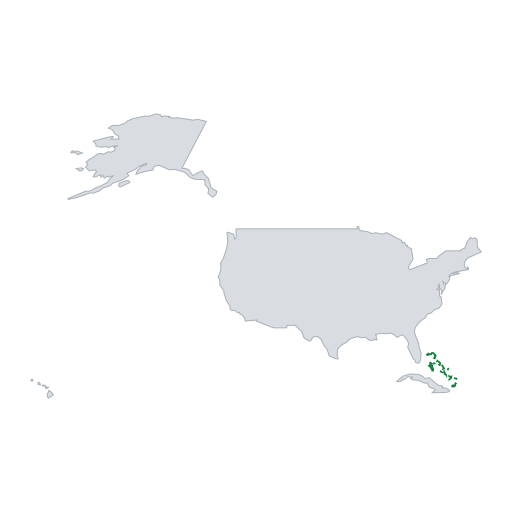 The Bahamas shown with its bordering countries
{"feature_id": "BHS", "entity_name": "The Bahamas", "entity_type": "country or territory", "adm_level": 0, "iso_a3": "BHS", "parent_name": "North America", "parent_adm1": "", "projection": "robinson", "projection_center": [-76.093, 23.939], "detail": "fine", "context": "with_neighbors", "style": "filled", "palette": "green", "viewbox_px": 512, "rotation_deg": 0, "n_neighbors": 2, "source": "natural_earth", "source_scale": "50m", "svg_char_len": 7555}
<svg xmlns="http://www.w3.org/2000/svg" viewBox="0 0 512 512"><path d="M236.1,228.8L357.0,228.8L357.2,226.6L358.7,226.6L359.2,229.6L360.5,230.6L367.9,231.8L372.0,233.5L375.6,232.8L382.4,234.2L386.4,232.6L401.4,240.4L401.8,241.8L402.8,242.4L402.5,242.9L404.6,242.5L405.6,244.7L407.5,245.4L406.9,246.3L411.4,248.9L413.0,258.9L408.3,267.2L408.7,268.6L410.2,269.5L427.4,262.8L426.4,259.4L428.5,258.6L437.0,258.5L438.5,256.3L445.8,250.9L460.9,250.8L461.3,249.4L464.6,248.3L467.3,241.5L470.6,237.3L472.1,238.8L475.0,237.8L477.0,239.4L477.4,247.0L481.3,251.9L467.3,258.2L464.3,262.8L464.3,265.8L465.9,268.7L467.8,268.9L467.2,266.8L468.6,268.1L468.3,269.7L455.0,272.0L451.2,273.6L458.0,272.6L459.3,273.6L452.9,275.3L450.0,275.3L450.1,274.6L448.8,276.2L450.1,276.5L449.2,280.5L445.8,284.8L445.5,283.4L442.9,281.7L443.9,284.7L445.1,285.7L445.1,287.9L441.0,294.6L442.0,290.5L439.7,288.3L439.1,283.6L438.2,286.1L439.2,289.7L436.2,288.8L439.4,290.6L439.5,296.0L440.9,296.4L442.0,304.0L439.0,308.1L434.2,309.8L431.0,313.1L428.7,313.5L426.3,315.6L425.6,317.5L420.3,321.2L415.3,327.2L414.5,331.2L415.3,335.2L418.9,344.0L418.9,346.5L421.1,353.0L420.7,359.1L419.5,362.5L418.0,363.2L415.6,362.5L414.9,360.1L413.1,358.8L407.7,347.3L408.7,343.6L407.4,340.5L403.7,335.7L401.9,334.9L397.0,337.4L393.9,334.5L390.9,333.1L385.5,333.8L381.2,333.2L375.5,334.5L376.3,336.0L376.2,338.3L377.2,339.4L376.2,340.1L374.5,339.3L372.6,340.4L369.2,340.2L365.7,337.2L361.5,337.9L358.0,336.6L350.9,338.3L346.3,342.5L341.4,345.0L338.7,347.7L337.4,350.2L337.2,354.1L338.1,358.8L336.2,358.9L329.2,355.9L327.1,349.3L324.4,346.1L320.7,338.9L317.5,336.6L313.5,336.7L310.2,341.2L306.4,339.5L304.0,337.8L301.7,331.7L295.2,325.4L287.0,325.4L286.7,327.8L273.4,327.8L256.1,321.1L256.7,320.0L245.1,321.0L244.7,318.1L242.0,314.9L239.9,314.2L239.6,312.6L237.0,312.3L235.5,310.7L231.2,310.2L230.1,309.3L230.0,306.2L226.3,300.5L223.8,292.7L224.2,291.4L219.7,284.8L219.9,280.2L218.1,277.1L220.1,272.5L221.0,267.7L220.5,263.4L223.4,258.1L226.8,248.0L227.8,240.6L226.9,233.3L227.7,232.2L233.6,234.1L234.7,239.3L236.1,237.8L236.1,228.8ZM206.3,121.5L181.9,168.3L185.7,168.4L188.9,169.8L192.8,175.6L198.0,172.6L202.7,170.9L203.7,173.7L208.3,178.2L211.2,188.0L217.0,191.3L215.8,194.7L212.6,197.2L208.0,193.5L208.6,188.9L205.0,184.7L204.8,179.7L194.6,179.2L190.5,177.7L184.5,172.2L175.0,169.4L169.3,169.8L159.1,165.3L154.1,166.4L153.0,169.9L145.4,171.4L136.0,174.3L137.0,171.2L141.6,166.1L146.7,164.6L146.4,163.3L139.7,166.1L135.0,169.5L127.2,173.2L128.8,175.8L123.0,179.6L112.4,183.4L110.1,185.7L102.2,188.4L99.4,190.9L93.3,193.2L90.7,192.8L76.2,197.8L68.2,199.4L68.0,198.5L85.2,191.4L90.7,190.8L94.0,188.7L101.5,185.5L107.1,182.6L110.0,178.6L113.8,175.5L108.3,177.1L107.5,176.2L104.2,178.1L103.1,175.4L100.9,177.3L100.9,174.7L95.7,176.8L93.2,176.8L94.7,173.7L96.6,171.7L95.1,169.9L89.3,170.9L85.6,167.2L87.6,164.3L86.0,162.2L89.5,159.3L94.6,156.4L97.8,153.8L101.2,153.4L103.3,154.3L108.0,151.8L110.6,152.2L114.5,150.7L115.3,148.3L113.8,147.4L117.9,145.5L110.7,146.6L108.8,147.7L106.5,146.6L100.8,147.2L96.0,146.0L95.8,143.9L93.2,141.1L110.2,136.7L113.3,136.7L111.0,139.1L119.1,139.0L118.2,135.9L115.0,134.1L112.2,129.6L108.3,128.1L112.3,125.5L118.9,125.4L125.1,123.1L127.7,120.8L133.2,118.6L145.6,116.0L148.6,116.3L156.0,113.9L160.6,114.8L161.6,116.9L163.8,116.0L169.6,116.3L168.6,117.3L173.5,118.1L177.5,117.7L192.9,120.1L198.2,119.4L206.3,121.5ZM72.4,150.6L74.1,151.5L76.9,151.0L82.4,153.0L78.0,154.7L75.0,152.6L71.4,152.9L70.8,152.5L72.4,150.6ZM50.8,391.5L53.4,394.8L48.7,398.1L47.5,397.3L47.3,393.7L48.5,392.1L48.7,390.5L50.8,391.5ZM48.4,387.7L46.2,388.7L45.0,386.7L45.5,386.3L48.4,387.7ZM44.9,385.3L44.7,385.9L42.1,385.8L42.6,385.1L44.9,385.3ZM39.1,382.3L40.7,384.5L40.4,384.8L38.3,384.6L37.7,383.0L39.1,382.3ZM33.0,379.4L32.2,381.3L30.7,380.3L31.9,379.3L33.0,379.4ZM80.7,167.9L83.6,168.3L82.6,170.3L79.7,171.1L76.2,168.7L80.7,167.9ZM126.5,180.5L129.0,180.9L129.9,182.5L119.9,187.0L118.5,185.7L119.2,183.2L126.5,180.5Z" fill="#d9dde1" stroke="#a8b0b8" stroke-width="1"/><path d="M410.2,373.9L418.2,374.4L422.8,376.3L424.7,378.4L429.3,377.8L438.2,385.2L442.7,386.2L442.4,387.8L446.0,388.1L449.7,390.4L449.1,391.7L445.9,392.4L432.2,392.8L435.5,389.6L433.5,388.2L430.3,387.8L428.6,386.2L427.5,382.9L424.7,383.2L418.7,380.5L412.3,379.6L410.6,378.5L412.5,377.1L407.7,376.8L404.1,379.7L402.1,379.8L401.4,381.2L398.9,381.8L396.8,381.3L402.8,376.2L410.2,373.9Z" fill="#d9dde1" stroke="#a8b0b8" stroke-width="1"/><path d="M432.3,365.3L432.3,366.0L432.3,366.5L431.7,367.1L431.1,367.4L430.8,367.7L430.7,367.3L430.4,367.0L430.3,366.5L430.1,366.7L429.8,366.6L429.2,366.3L428.9,365.8L429.4,365.7L429.5,366.0L429.9,365.6L429.8,365.4L429.7,365.4L429.6,365.1L430.1,364.1L430.3,363.6L430.0,362.6L430.3,362.5L430.9,362.9L431.2,363.2L431.2,363.7L431.4,364.0L431.8,364.8L432.3,365.3ZM432.7,367.9L432.7,368.1L432.2,368.4L432.6,368.7L432.9,368.1L433.2,368.6L433.3,369.4L433.3,369.6L433.4,369.8L433.4,370.1L433.1,370.8L432.1,370.7L432.1,370.1L431.7,369.1L431.4,368.8L431.0,368.1L431.3,367.9L431.6,368.0L431.8,367.9L432.2,367.8L432.5,367.7L432.7,367.9ZM455.3,385.2L455.2,385.7L454.7,386.4L453.5,386.6L452.2,386.7L452.1,386.3L452.2,386.0L452.2,385.9L452.1,385.7L452.6,385.6L452.9,385.2L453.4,385.2L454.0,385.4L454.3,385.4L454.8,385.2L455.2,384.6L455.4,384.6L455.3,385.2ZM434.8,358.6L434.7,358.6L434.3,358.0L434.0,357.9L434.5,357.5L434.7,357.1L434.7,356.4L434.9,356.0L434.8,355.6L434.9,355.2L434.8,354.8L434.3,354.5L433.5,353.2L432.1,352.9L431.4,352.9L431.8,352.7L432.1,352.7L432.7,352.8L433.3,352.9L433.8,353.3L434.1,353.8L434.5,354.0L434.6,354.3L435.1,354.6L435.6,355.0L435.7,356.1L435.1,356.7L435.0,358.3L434.8,358.6ZM428.7,353.9L429.3,354.1L429.6,354.0L429.8,353.9L430.7,354.0L431.4,353.8L431.5,354.1L431.4,354.3L429.9,354.4L428.6,354.8L427.8,355.1L427.5,355.2L427.2,355.0L426.3,354.1L426.5,354.2L427.2,354.7L427.6,354.6L428.0,354.3L428.1,354.0L428.0,353.9L428.2,353.5L428.7,353.9ZM437.6,360.9L438.4,361.6L439.1,361.8L439.8,362.6L440.2,362.9L440.2,363.1L440.1,364.3L439.9,365.0L439.9,365.7L439.6,365.1L439.3,364.8L439.2,364.7L439.7,364.7L439.8,364.0L440.0,363.5L440.0,363.0L439.4,362.4L439.0,361.9L438.3,361.7L437.8,361.2L437.4,361.2L437.0,361.3L437.1,361.0L437.2,360.6L437.3,360.5L437.6,360.9ZM446.4,375.6L445.8,374.6L445.0,374.3L444.6,374.1L444.7,373.9L445.0,373.8L445.0,373.5L444.9,373.1L444.5,372.3L444.2,371.8L444.1,371.7L444.1,371.2L444.6,371.9L444.8,372.5L445.1,373.1L445.3,374.2L446.0,374.5L446.4,375.0L446.4,375.6ZM449.5,379.5L449.2,379.6L449.3,379.3L449.9,378.8L450.3,378.4L450.5,378.2L450.9,378.0L451.0,377.7L451.0,377.4L450.7,377.1L450.7,376.8L450.8,376.6L451.3,376.5L451.1,376.8L451.4,377.6L450.7,378.6L450.1,378.9L449.5,379.5ZM444.1,368.2L444.2,368.5L443.9,368.4L443.4,368.5L443.2,368.6L443.3,368.4L443.6,368.1L443.7,367.8L443.2,367.5L442.8,366.6L442.5,366.3L442.4,366.0L442.0,365.6L442.1,365.4L442.5,365.5L443.1,366.8L444.1,368.2ZM455.2,378.2L455.5,378.3L456.3,378.5L456.6,378.7L456.7,378.8L456.5,379.0L456.0,378.6L455.5,378.6L454.9,378.6L454.7,378.5L454.8,378.1L455.2,378.2ZM450.3,376.6L450.1,376.9L449.4,376.6L449.2,376.6L449.1,376.3L449.0,376.1L449.0,375.9L449.5,376.1L449.7,376.4L450.3,376.6ZM434.2,363.6L433.7,363.7L433.3,363.6L433.2,363.5L433.3,363.4L433.7,363.2L434.3,363.2L434.6,363.4L434.2,363.6ZM442.4,372.5L442.2,372.5L441.8,372.3L441.0,371.6L440.6,371.6L440.7,371.2L441.0,371.3L441.7,371.9L442.0,372.2L442.4,372.5ZM448.4,369.0L448.0,369.6L447.8,369.5L448.0,368.7L448.3,368.6L448.4,369.0ZM455.9,383.5L455.2,383.7L455.2,383.4L455.5,383.1L455.9,383.5Z" fill="#22c55e" stroke="#15803d" stroke-width="1.5"/></svg>